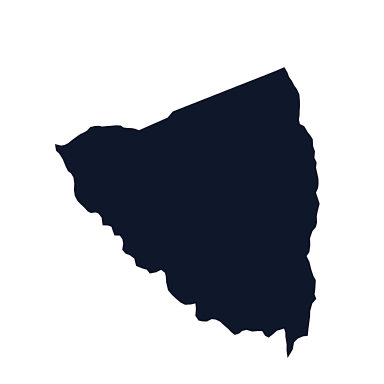 Suzanápolis, São Paulo, Brazil, rotated 12°
{"feature_id": "56859067B46046114301924", "entity_name": "Suzanápolis", "entity_type": "district", "adm_level": 2, "iso_a3": "BRA", "parent_name": "Brazil", "parent_adm1": "São Paulo", "projection": "equal_earth", "projection_center": [-51.077, -20.469], "detail": "fine", "context": "isolated", "style": "filled", "palette": "ink", "viewbox_px": 384, "rotation_deg": 12, "n_neighbors": 0, "source": "geoboundaries", "source_scale": "gbopen_adm2", "svg_char_len": 2011}
<svg xmlns="http://www.w3.org/2000/svg" viewBox="0 0 384 384"><g transform="rotate(12 192 192)"><path d="M307.1,137.6L303.9,133.4L303.1,127.0L300.2,122.3L298.5,115.7L295.7,112.8L292.6,110.3L287.6,104.9L282.9,103.8L280.7,99.1L280.5,94.7L279.7,90.7L279.0,85.7L278.0,81.2L276.1,74.7L272.8,70.2L269.4,67.2L266.1,63.1L262.4,59.8L260.0,55.8L256.3,51.7L247.6,57.8L157.0,117.8L155.2,121.2L153.3,124.8L127.4,143.5L123.7,142.8L119.7,142.8L115.0,143.7L111.4,143.9L108.4,142.6L104.0,143.3L99.3,144.8L94.7,146.1L90.7,147.4L87.2,147.4L83.2,148.5L79.5,150.3L77.0,154.5L74.4,156.8L71.0,159.3L67.7,162.9L64.5,166.5L61.5,170.3L58.2,173.0L54.6,174.6L49.1,174.4L51.1,179.4L54.5,181.4L59.3,186.3L64.0,193.2L67.0,196.9L70.2,198.3L73.6,201.9L75.8,207.8L76.8,214.3L78.8,219.7L82.4,224.0L85.2,225.9L90.6,229.2L94.3,231.9L97.5,232.8L101.9,231.2L105.4,231.8L109.6,235.5L112.0,242.3L117.0,241.4L121.0,242.1L123.2,246.1L125.6,249.8L130.6,248.8L134.4,252.2L136.2,256.7L136.5,262.6L140.0,265.3L144.4,266.0L149.9,268.4L153.2,275.2L159.3,276.3L164.2,276.6L167.8,279.6L173.3,277.3L177.8,273.6L182.9,276.1L184.8,280.2L186.2,285.4L189.6,292.6L194.5,296.4L199.5,299.3L204.0,301.8L208.7,303.0L214.3,301.4L219.0,299.2L220.9,305.4L221.7,312.0L225.4,315.6L229.2,315.6L233.1,314.9L237.5,311.4L242.0,311.1L246.8,312.3L251.2,315.0L256.1,317.6L260.0,320.3L263.5,322.1L267.2,319.9L269.4,316.9L273.8,314.7L279.8,315.2L284.9,313.6L289.9,312.6L293.7,316.7L297.0,317.6L300.5,313.4L303.5,309.3L306.6,307.7L310.7,305.4L313.1,309.5L314.1,313.7L317.0,321.2L318.1,326.9L320.0,332.3L322.5,325.1L322.3,317.6L325.5,312.7L330.5,309.3L334.3,308.1L333.6,301.6L333.2,296.6L332.6,289.2L331.6,284.0L332.1,275.7L334.9,270.7L332.4,266.9L332.1,262.4L331.4,257.4L330.7,252.8L327.6,249.3L323.9,243.0L320.8,236.4L316.5,231.0L318.5,226.3L318.0,219.7L316.3,212.8L317.2,205.1L319.7,200.4L319.9,196.2L318.3,189.6L318.2,184.4L318.5,177.1L316.0,172.8L312.6,167.0L313.7,162.0L313.3,157.5L312.0,152.5L307.4,142.4L307.1,137.6Z" fill="#0f172a" stroke="#020617" stroke-width="1.5"/></g></svg>